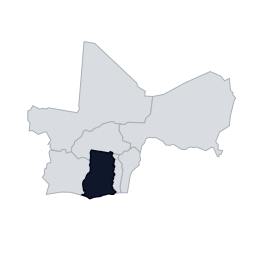 Ghana highlighted among its neighbors, rotated 9°
{"feature_id": "GHA", "entity_name": "Ghana", "entity_type": "country or territory", "adm_level": 0, "iso_a3": "GHA", "parent_name": "Africa", "parent_adm1": "", "projection": "orthographic", "projection_center": [-1.079, 7.965], "detail": "fine", "context": "with_neighbors", "style": "filled", "palette": "ink", "viewbox_px": 256, "rotation_deg": 9, "n_neighbors": 6, "source": "natural_earth", "source_scale": "50m", "svg_char_len": 5356}
<svg xmlns="http://www.w3.org/2000/svg" viewBox="0 0 256 256"><g transform="rotate(9 128 128)"><path d="M30.8,146.4L30.4,138.2L27.7,135.9L26.4,126.7L28.9,125.4L30.4,120.9L37.7,123.1L41.9,121.6L44.7,122.2L45.9,120.5L75.5,120.9L77.3,115.6L76.0,114.6L71.1,49.6L81.8,49.6L129.6,82.2L131.4,85.7L139.3,89.0L139.5,93.8L147.5,93.0L148.1,110.5L144.2,115.6L143.6,120.4L127.0,122.4L124.2,125.1L114.7,125.5L112.8,124.0L108.7,125.1L101.8,128.3L100.3,130.7L94.5,134.1L93.5,136.1L90.3,137.6L86.7,136.5L84.6,138.4L83.4,143.7L77.4,150.0L77.5,152.6L75.4,155.8L75.9,160.3L70.9,162.4L69.8,159.1L66.3,159.7L64.9,162.0L56.0,161.3L53.8,159.0L54.2,156.8L53.3,155.8L51.7,156.6L53.6,152.1L48.2,145.0L46.7,144.7L40.3,148.4L33.9,145.4L30.8,146.4Z" fill="#d9dde1" stroke="#a8b0b8" stroke-width="1"/><path d="M137.5,192.1L131.2,193.0L129.3,187.7L129.5,170.0L128.0,168.4L127.7,164.6L122.7,159.7L123.6,155.6L126.2,154.7L127.7,151.4L131.4,150.6L135.5,146.0L138.2,146.0L144.0,150.3L143.8,152.9L145.5,157.5L144.1,160.6L144.9,162.6L139.0,169.8L137.6,174.7L137.5,192.1Z" fill="#d9dde1" stroke="#a8b0b8" stroke-width="1"/><path d="M220.4,63.2L223.3,74.8L226.1,76.6L226.5,79.0L229.6,81.5L228.5,84.8L227.2,100.2L227.7,110.1L219.1,117.6L216.7,127.8L219.9,130.6L220.2,135.5L224.8,135.5L224.3,139.1L222.3,139.7L222.2,142.1L220.9,142.3L215.5,134.1L213.7,133.9L208.3,138.3L198.5,136.0L196.5,137.1L192.1,137.0L187.9,140.4L184.2,140.7L175.0,136.9L171.6,138.8L167.8,138.8L164.9,135.9L157.4,133.2L149.4,134.2L147.5,135.9L146.5,140.4L144.4,143.5L144.0,150.3L138.2,146.0L135.5,146.0L133.0,148.3L133.1,143.0L124.4,141.3L124.2,137.6L119.9,132.6L118.9,129.1L119.5,125.4L124.2,125.1L127.0,122.4L143.6,120.4L144.2,115.6L148.1,110.5L147.5,93.0L157.6,89.5L177.5,74.3L200.4,59.4L211.6,62.3L215.9,66.2L220.4,63.2Z" fill="#d9dde1" stroke="#a8b0b8" stroke-width="1"/><path d="M123.6,155.6L122.7,159.7L127.7,164.6L128.0,168.4L129.5,170.0L129.3,187.7L131.2,193.0L125.0,194.7L121.3,187.1L120.6,183.3L122.3,176.3L120.4,173.5L119.6,161.8L116.4,157.9L117.0,155.5L123.6,155.6Z" fill="#d9dde1" stroke="#a8b0b8" stroke-width="1"/><path d="M54.5,161.9L64.9,162.0L66.3,159.7L69.8,159.1L70.9,162.4L75.9,160.3L83.9,166.2L86.6,164.3L90.2,164.1L95.3,166.1L97.3,177.0L94.1,183.5L92.0,192.2L95.3,198.9L95.0,201.9L81.2,200.5L72.1,201.7L57.7,206.4L58.9,196.0L51.1,190.1L52.8,186.7L52.1,182.9L52.5,180.7L53.7,180.7L53.7,175.8L57.3,173.9L53.8,164.5L54.5,161.9Z" fill="#d9dde1" stroke="#a8b0b8" stroke-width="1"/><path d="M75.9,160.3L75.4,155.8L77.5,152.6L77.4,150.0L83.4,143.7L84.6,138.4L86.7,136.5L90.3,137.6L93.5,136.1L94.5,134.1L100.3,130.7L101.8,128.3L108.7,125.1L112.8,124.0L114.7,125.5L119.5,125.4L118.9,129.1L119.9,132.6L124.2,137.6L124.4,141.3L133.1,143.0L133.0,148.3L131.4,150.6L127.7,151.4L126.2,154.7L123.6,155.6L113.5,154.9L111.0,156.1L94.5,155.9L95.3,166.1L90.2,164.1L86.6,164.3L83.9,166.2L75.9,160.3Z" fill="#d9dde1" stroke="#a8b0b8" stroke-width="1"/><path d="M116.3,154.7L116.8,155.2L116.9,155.5L116.7,156.5L116.4,157.2L116.1,157.8L116.2,158.1L116.4,158.5L117.1,159.0L117.5,159.3L117.9,159.8L118.5,160.3L119.3,161.0L119.7,161.1L119.6,161.5L119.5,163.9L119.4,164.5L119.4,164.8L119.3,165.7L119.2,165.9L118.9,165.9L118.9,166.1L119.4,166.4L119.3,166.5L118.9,166.6L118.8,166.9L118.8,167.2L118.6,167.5L118.8,167.7L119.0,167.7L119.7,167.3L119.9,167.2L120.3,167.3L120.8,168.0L120.9,168.3L120.6,169.3L120.4,170.1L120.4,171.2L120.6,171.8L120.6,172.2L120.3,172.5L119.7,172.9L119.7,173.2L120.0,173.7L120.6,174.3L121.6,175.0L122.1,176.0L122.1,176.4L121.8,176.8L121.4,177.1L121.3,177.6L121.5,180.8L120.7,182.2L120.7,182.6L120.8,183.1L121.0,183.4L121.4,183.4L121.7,183.7L121.6,184.7L121.5,185.7L121.4,186.2L121.3,186.4L121.0,186.6L120.9,186.9L121.0,187.3L120.9,187.6L121.1,188.0L121.5,188.4L122.1,189.6L122.3,189.7L122.4,189.9L122.3,190.2L122.6,190.7L123.2,191.2L123.9,191.6L124.5,191.7L124.6,192.1L125.0,192.6L125.2,192.8L125.6,192.9L126.0,193.0L126.0,193.4L125.4,193.7L125.0,194.2L124.6,194.9L124.2,195.6L122.7,196.0L122.1,196.0L118.9,196.0L115.9,197.5L114.2,198.0L113.2,198.8L111.8,199.4L110.8,200.1L108.8,200.5L105.4,201.6L104.3,202.0L103.3,202.8L101.5,203.7L100.9,203.7L99.5,202.8L98.5,202.4L96.0,201.8L94.1,201.5L93.3,201.2L93.0,201.2L93.2,200.9L93.7,200.8L94.3,200.9L94.7,200.7L95.3,200.7L95.5,200.4L95.5,199.8L95.5,199.3L95.7,199.1L95.8,198.5L95.5,197.2L95.3,197.1L94.2,196.9L94.1,196.6L93.9,196.4L93.7,195.7L93.5,194.7L93.1,193.5L92.4,191.5L92.2,190.7L92.1,190.0L92.1,189.1L92.2,188.8L92.2,188.4L92.1,187.9L92.6,186.9L93.6,185.6L93.9,185.2L94.0,184.9L94.1,184.4L94.3,182.9L94.7,181.2L95.1,180.5L95.3,180.1L95.5,179.5L95.6,179.3L96.5,178.6L96.9,178.4L97.0,178.1L96.9,177.8L96.9,177.6L97.2,177.5L97.5,177.4L97.7,177.1L97.4,174.9L97.1,172.8L97.0,172.6L96.9,172.3L96.7,171.4L96.4,170.8L95.9,170.7L95.9,170.2L96.4,169.3L96.5,168.8L96.3,168.7L96.3,168.3L96.4,167.7L96.3,167.3L96.3,166.9L95.8,165.9L95.7,165.3L95.9,164.9L95.9,164.0L95.7,162.7L95.7,161.8L95.8,161.5L95.8,161.1L95.4,160.8L95.4,160.5L95.7,160.2L95.3,159.8L95.0,159.4L94.7,158.7L94.8,157.7L95.3,155.8L95.4,155.6L96.0,155.6L97.8,155.7L99.9,155.7L102.4,155.7L104.7,155.6L104.8,155.6L105.2,155.5L107.5,155.7L108.9,155.6L109.5,155.6L110.0,155.7L111.0,155.7L111.5,155.7L111.9,156.2L112.1,156.2L112.3,156.0L112.7,155.8L113.1,155.6L113.4,155.2L113.5,154.9L113.8,155.0L114.2,154.9L114.4,154.7L114.5,154.3L116.3,154.7Z" fill="#0f172a" stroke="#020617" stroke-width="1.5"/></g></svg>